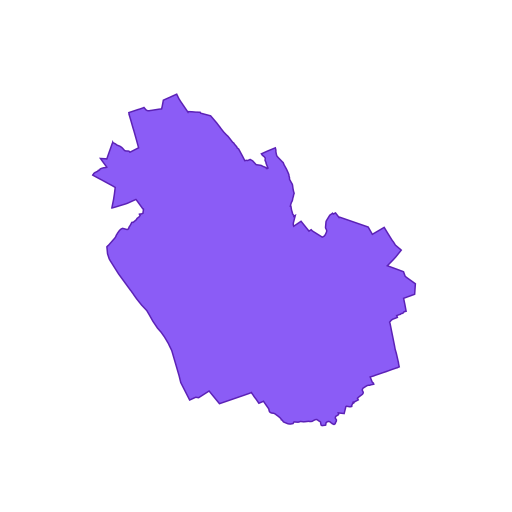 Jaral del Progreso, Guanajuato, Mexico, rotated 333°
{"feature_id": "50627088B82806712046874", "entity_name": "Jaral del Progreso", "entity_type": "district", "adm_level": 2, "iso_a3": "MEX", "parent_name": "Mexico", "parent_adm1": "Guanajuato", "projection": "orthographic", "projection_center": [-101.046, 20.365], "detail": "fine", "context": "isolated", "style": "filled", "palette": "violet", "viewbox_px": 512, "rotation_deg": 333, "n_neighbors": 0, "source": "geoboundaries", "source_scale": "gbopen_adm2", "svg_char_len": 6079}
<svg xmlns="http://www.w3.org/2000/svg" viewBox="0 0 512 512"><g transform="rotate(333 256 256)"><path d="M380.3,337.0L368.6,324.3L376.4,321.7L380.1,320.3L388.1,316.7L385.1,309.5L384.9,306.5L384.4,303.7L383.7,295.4L383.2,288.7L369.5,289.5L369.1,281.1L368.7,280.7L348.1,259.3L347.5,259.5L346.4,253.7L344.8,253.7L344.0,253.7L343.6,252.6L343.0,252.8L342.4,252.9L340.9,253.0L340.2,253.2L338.5,254.2L334.8,256.5L334.4,256.8L333.9,257.3L333.6,257.8L330.9,262.1L330.7,262.7L330.7,263.2L330.7,264.5L330.6,265.0L330.5,265.5L330.4,265.8L329.8,266.5L329.5,266.8L327.9,268.1L327.1,268.6L326.7,268.9L326.1,269.1L325.4,269.3L324.8,269.3L324.1,269.3L323.6,269.3L317.9,259.8L317.4,258.8L317.1,257.6L314.5,257.9L311.9,245.5L303.1,246.6L303.3,245.5L303.6,244.6L304.3,243.5L309.4,237.7L307.7,237.8L308.0,237.3L307.9,236.0L307.7,235.5L307.7,235.1L307.9,234.6L308.0,234.1L308.3,232.6L308.4,231.8L308.7,230.6L309.7,227.5L309.2,227.2L310.2,226.0L311.7,224.5L312.6,223.8L313.1,223.5L313.4,223.2L313.8,222.8L314.6,221.8L315.1,221.1L316.2,220.0L316.6,219.5L317.2,218.7L318.4,217.5L318.5,217.3L318.5,217.1L318.8,215.5L319.6,212.6L320.7,209.5L320.9,208.6L320.9,208.0L320.8,206.5L320.7,202.9L321.4,201.4L321.5,201.1L321.7,199.8L322.3,198.1L322.3,197.6L322.4,196.4L322.6,192.5L322.4,187.5L322.6,185.3L322.6,185.0L322.3,184.3L320.4,178.1L320.2,177.2L320.0,176.3L320.1,175.5L321.0,172.2L321.8,170.6L321.9,170.3L322.3,168.4L313.7,167.7L307.2,167.4L307.4,169.1L308.5,171.6L308.7,173.0L307.5,174.9L307.3,177.8L307.0,178.1L306.6,183.1L305.6,183.2L305.0,182.8L305.1,181.9L304.0,180.5L303.0,179.5L301.7,177.6L297.6,174.7L296.2,169.7L294.6,167.3L292.0,167.2L290.9,166.4L289.3,166.0L289.3,160.9L289.3,160.7L289.2,156.9L289.2,155.5L289.1,152.8L288.5,151.5L288.3,151.2L288.4,149.8L287.8,147.6L287.5,146.1L287.5,145.3L286.8,144.0L286.4,141.8L285.4,136.7L284.5,134.3L283.5,130.9L282.4,125.4L282.5,125.3L282.3,124.4L281.9,122.4L281.4,119.6L279.2,110.5L272.3,104.3L271.5,103.6L271.5,102.6L268.3,100.8L267.7,100.5L264.4,98.4L261.4,96.7L260.7,97.1L259.0,84.1L258.7,80.7L258.8,75.8L244.2,75.1L239.8,80.8L239.7,80.8L238.8,82.0L238.7,82.1L235.8,81.0L228.7,78.7L227.7,78.3L227.4,78.3L226.6,78.0L225.8,77.6L225.4,77.3L224.9,76.8L224.5,76.2L224.3,75.7L223.6,72.8L222.9,72.8L218.5,72.2L217.8,72.0L207.8,70.5L207.5,71.6L207.4,72.1L207.2,72.1L206.2,77.6L204.5,86.3L204.1,88.7L202.2,98.2L201.0,104.0L200.5,106.3L190.8,106.3L190.5,105.2L190.3,104.8L189.8,104.5L187.7,103.3L187.2,102.8L186.8,102.4L186.0,99.3L185.5,98.0L184.5,96.3L182.6,94.2L181.6,92.2L180.0,90.1L180.0,89.6L179.6,90.1L179.1,90.4L171.6,97.5L167.1,101.8L166.3,101.2L161.7,98.5L162.1,101.3L163.4,109.1L162.8,109.1L162.5,109.1L160.8,108.4L160.2,108.2L159.7,108.1L159.2,108.0L158.6,107.9L157.9,107.8L157.0,107.7L156.5,107.8L155.9,108.2L155.2,108.4L154.8,108.3L154.6,108.1L154.3,108.1L153.7,108.5L153.3,108.7L153.1,108.7L152.2,108.5L151.2,108.6L150.8,108.6L150.3,108.5L149.9,108.7L148.9,108.8L148.6,109.0L148.4,109.3L148.1,109.5L147.4,109.6L147.2,109.8L159.6,127.7L161.7,131.0L157.9,136.6L154.8,140.9L149.4,147.7L149.8,147.9L153.3,148.6L163.5,150.4L165.0,150.6L166.2,150.7L171.2,150.9L174.7,151.1L174.8,151.2L176.6,162.7L177.0,163.0L176.7,163.8L175.8,164.9L175.2,165.9L174.7,166.6L173.6,166.5L173.3,166.6L171.3,165.8L171.1,165.8L171.2,167.3L169.5,168.1L167.1,168.5L166.5,168.9L166.2,169.2L165.9,169.3L161.8,170.3L161.3,169.9L161.0,169.8L160.5,169.7L160.3,169.9L157.9,171.6L155.9,172.7L155.1,173.6L153.8,174.1L152.9,173.7L149.7,170.8L148.1,170.7L146.1,171.2L144.3,172.1L143.8,172.4L143.1,172.7L142.6,173.1L141.2,173.9L140.2,174.7L140.0,175.0L138.4,175.9L129.9,179.3L129.0,179.6L128.7,179.6L127.3,180.1L124.7,186.7L123.9,191.9L124.0,194.2L125.4,209.5L128.6,229.4L129.0,231.2L129.0,231.9L129.4,233.9L129.4,234.7L130.2,240.0L131.8,247.8L133.9,255.0L134.2,259.8L134.5,267.2L135.5,275.6L136.8,280.6L137.7,286.6L138.2,294.3L138.1,296.5L138.0,302.0L133.5,325.7L133.1,327.8L131.5,334.6L131.5,354.2L138.2,354.5L140.5,356.2L152.9,355.0L156.4,371.0L182.0,374.6L185.7,375.1L187.0,375.3L190.0,375.6L189.9,376.4L190.2,377.7L190.5,380.6L191.1,383.8L191.7,388.5L196.0,388.8L196.7,388.8L197.3,393.3L197.9,397.5L197.9,398.2L197.4,400.2L197.4,400.6L197.4,400.8L197.4,401.1L197.7,401.8L198.1,402.4L198.4,402.8L199.2,403.4L200.3,404.1L201.0,404.9L201.6,405.9L201.9,406.6L203.1,409.0L204.1,411.4L204.2,412.0L204.3,412.4L204.3,413.0L204.2,413.5L204.6,413.8L204.9,414.6L205.0,415.2L205.1,416.1L205.3,416.5L208.1,419.8L209.1,420.6L209.6,420.9L210.3,421.3L211.2,421.6L212.9,422.1L213.1,422.0L214.3,421.2L214.7,421.2L217.9,423.1L218.8,423.4L220.5,423.6L223.2,425.4L224.7,426.0L227.9,427.2L228.9,428.0L230.8,428.8L232.7,428.7L232.8,428.7L234.4,428.7L236.0,429.3L237.3,431.8L237.9,432.6L238.1,433.3L237.5,435.0L237.3,436.5L238.0,437.2L239.2,437.6L241.1,438.3L241.3,438.3L242.7,436.4L243.5,436.1L245.3,436.2L246.2,436.9L246.7,437.4L247.3,439.0L248.1,440.2L248.0,440.3L249.0,441.5L250.0,441.5L250.7,441.2L250.9,440.7L252.1,440.0L252.7,439.5L253.1,438.8L253.3,438.4L253.2,437.7L253.0,436.8L253.3,436.0L254.2,435.1L256.8,434.9L257.4,434.8L257.9,434.4L258.1,433.1L259.8,434.3L263.0,436.4L267.7,431.0L268.2,430.9L268.4,430.9L271.2,433.0L272.4,433.4L273.0,433.5L273.2,433.3L273.3,432.6L273.6,432.5L276.2,430.4L276.4,431.3L277.4,430.7L281.8,430.6L281.8,429.7L281.8,428.8L283.0,428.4L288.1,427.5L289.1,426.9L289.7,426.1L289.7,424.1L290.2,423.1L291.3,422.4L291.9,422.3L296.1,421.9L297.5,422.2L298.6,422.8L299.8,422.9L302.7,423.7L302.9,422.6L302.3,421.0L302.8,415.6L306.4,416.3L307.9,416.4L321.2,418.3L325.5,418.8L329.5,419.4L330.4,419.5L330.8,419.7L331.7,419.7L333.3,419.8L333.6,418.6L334.3,416.2L334.7,415.2L334.7,414.9L336.8,406.6L337.7,402.0L338.6,399.1L341.1,390.2L342.8,384.1L344.7,377.4L345.0,375.6L347.5,374.6L349.0,374.4L354.1,374.9L354.3,373.0L354.5,373.1L355.3,373.1L356.7,373.2L357.9,373.5L358.3,373.5L359.0,373.3L359.6,373.3L360.0,373.5L360.8,373.6L361.4,373.5L362.5,373.0L362.8,372.9L363.2,373.0L363.6,373.2L364.1,373.0L364.7,373.3L366.6,366.9L368.3,360.7L380.0,362.1L385.4,353.1L380.8,344.2L379.9,342.3L379.8,342.0L379.7,341.6L380.3,337.0Z" fill="#8b5cf6" stroke="#5b21b6" stroke-width="1.5"/></g></svg>